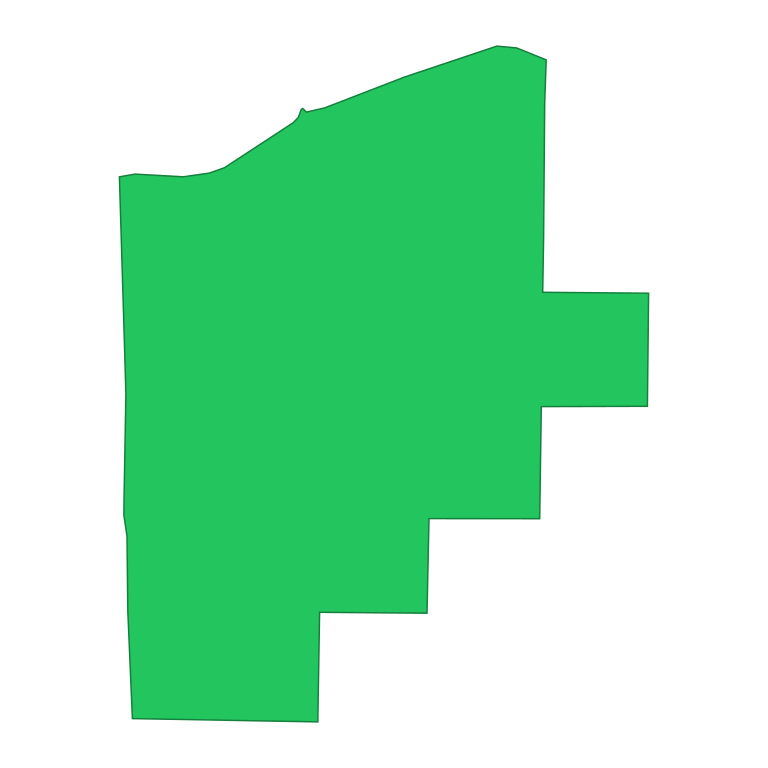 the district of Lorain, Ohio, United States of America
{"feature_id": "52423323B65155384259912", "entity_name": "Lorain", "entity_type": "district", "adm_level": 2, "iso_a3": "USA", "parent_name": "United States of America", "parent_adm1": "Ohio", "projection": "mercator", "projection_center": [-82.147, 41.29], "detail": "fine", "context": "isolated", "style": "filled", "palette": "green", "viewbox_px": 768, "rotation_deg": 0, "n_neighbors": 0, "source": "geoboundaries", "source_scale": "gbopen_adm2", "svg_char_len": 570}
<svg xmlns="http://www.w3.org/2000/svg" viewBox="0 0 768 768"><path d="M647.4,406.3L648.6,293.2L542.7,292.3L543.6,239.2L544.7,102.5L546.2,59.9L523.3,50.6L516.5,47.9L496.9,46.1L441.0,64.8L404.6,77.0L324.6,107.9L306.4,112.1L302.8,108.5L301.3,109.4L298.3,117.4L293.2,122.7L224.3,167.8L208.8,173.2L182.9,176.8L135.0,174.1L119.4,176.8L122.6,283.1L122.8,289.0L125.9,393.6L124.0,501.6L123.9,515.2L127.0,536.4L127.8,611.1L132.4,718.6L317.8,721.9L319.6,612.3L427.0,613.2L429.0,518.6L539.7,518.7L541.3,406.6L647.4,406.3Z" fill="#22c55e" stroke="#15803d" stroke-width="1.5"/></svg>